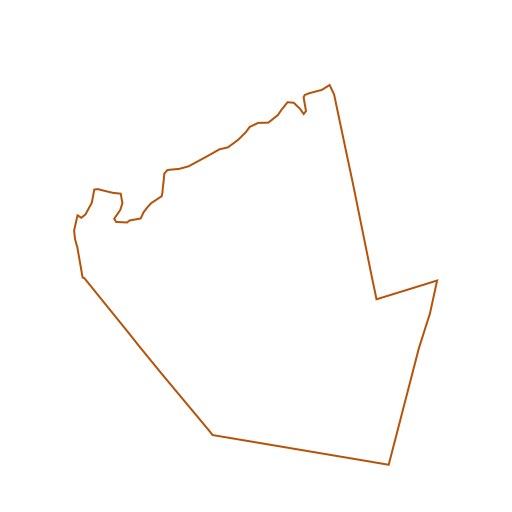 Bababe, Brakna, Mauritania (Mercator projection), rotated 105°
{"feature_id": "47542326B74593484893275", "entity_name": "Bababe", "entity_type": "district", "adm_level": 2, "iso_a3": "MRT", "parent_name": "Mauritania", "parent_adm1": "Brakna", "projection": "mercator", "projection_center": [-14.01, 16.466], "detail": "fine", "context": "isolated", "style": "outline", "palette": "amber", "viewbox_px": 512, "rotation_deg": 105, "n_neighbors": 0, "source": "geoboundaries", "source_scale": "gbopen_adm2", "svg_char_len": 993}
<svg xmlns="http://www.w3.org/2000/svg" viewBox="0 0 512 512"><g transform="rotate(105 256 256)"><path d="M232.8,74.7L266.6,128.4L243.8,139.9L161.2,181.0L129.2,197.3L79.7,222.4L71.8,229.2L78.5,235.4L85.1,246.9L87.9,250.6L90.4,251.1L103.1,245.2L106.5,246.7L102.2,251.9L100.1,255.9L98.2,259.1L99.3,265.3L108.6,269.4L114.1,271.3L124.0,278.6L126.9,288.4L132.9,295.5L139.1,297.9L148.2,303.2L158.3,311.2L162.4,318.9L172.8,329.5L180.8,338.0L186.8,344.3L191.8,352.9L194.4,360.0L195.9,363.8L200.1,365.9L208.1,364.5L213.5,363.8L218.8,362.8L222.7,362.6L232.0,370.9L236.8,373.4L242.8,375.9L249.6,377.1L254.4,387.3L257.0,389.2L259.3,399.9L256.7,402.6L246.6,399.0L239.6,398.7L230.8,402.8L232.0,410.3L232.3,419.7L232.3,425.8L233.6,429.4L247.0,428.4L260.0,431.5L264.3,434.6L262.9,438.9L278.5,438.3L286.7,435.1L293.9,430.8L321.7,417.9L321.8,416.1L363.2,359.2L373.1,345.9L394.9,315.6L436.6,256.4L440.2,251.6L423.3,73.8L302.7,74.8L266.6,73.1L232.8,74.7Z" fill="none" stroke="#b45309" stroke-width="2"/></g></svg>